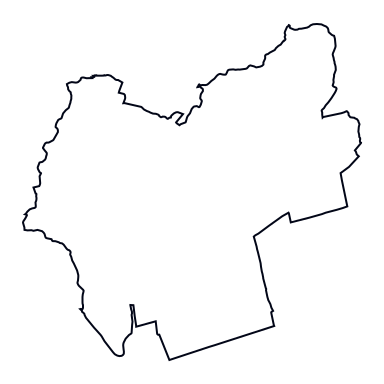 outline of Urlati, Prahova, Romania
{"feature_id": "2599482B73103254807703", "entity_name": "Urlati", "entity_type": "district", "adm_level": 2, "iso_a3": "ROU", "parent_name": "Romania", "parent_adm1": "Prahova", "projection": "orthographic", "projection_center": [26.251, 44.997], "detail": "fine", "context": "isolated", "style": "outline", "palette": "ink", "viewbox_px": 384, "rotation_deg": 0, "n_neighbors": 0, "source": "geoboundaries", "source_scale": "gbopen_adm2", "svg_char_len": 5761}
<svg xmlns="http://www.w3.org/2000/svg" viewBox="0 0 384 384"><path d="M214.7,345.2L274.2,326.0L273.8,325.0L271.2,312.6L271.4,312.0L273.1,310.9L271.4,307.7L270.4,304.2L268.9,301.2L268.4,300.4L267.4,297.0L266.0,290.2L266.2,289.1L266.1,288.6L265.8,288.2L263.2,278.3L263.2,277.7L262.5,274.0L261.8,271.4L261.0,266.7L260.6,263.2L257.8,251.7L257.1,249.3L256.6,246.6L253.8,236.6L255.3,235.3L258.4,233.6L268.9,225.8L282.3,216.2L288.5,212.7L288.9,213.4L290.8,222.4L309.2,217.7L322.0,214.1L325.7,212.7L336.8,209.8L342.9,208.0L347.3,206.4L341.9,180.3L340.6,173.1L349.0,166.9L358.8,156.3L356.8,154.5L355.9,151.7L354.9,150.4L360.9,143.2L361.0,142.7L360.3,142.4L360.0,141.9L359.9,140.4L360.2,139.2L360.1,138.1L359.3,137.0L359.1,134.4L358.4,131.6L358.8,126.9L359.5,124.2L358.4,121.6L358.3,120.9L357.0,119.2L355.1,118.4L354.4,117.8L350.6,117.3L350.2,117.1L348.6,115.0L348.5,113.1L347.7,112.1L346.8,111.2L346.5,111.2L344.2,112.3L341.4,113.2L323.9,116.9L323.0,117.2L322.6,117.6L322.2,114.6L322.2,112.5L321.7,110.9L321.7,110.4L322.3,109.6L324.0,108.1L325.7,105.3L328.3,102.4L331.4,98.2L334.6,93.2L335.7,91.2L336.5,89.1L336.5,88.4L336.1,87.7L333.7,86.6L333.0,86.0L332.7,85.4L333.6,82.5L333.6,81.6L333.4,80.0L334.1,76.1L334.0,74.9L335.8,70.0L335.6,66.8L335.2,65.0L334.6,63.3L334.5,61.8L333.9,59.9L333.6,57.9L332.9,55.5L332.7,54.4L333.0,53.1L333.8,51.3L335.3,47.5L335.6,46.0L334.9,38.7L334.1,35.8L332.8,35.4L331.7,34.8L329.1,32.5L328.6,31.8L328.3,29.7L327.9,28.3L326.6,26.9L325.9,26.4L323.9,25.6L321.5,24.4L316.9,24.0L313.0,24.3L310.6,25.3L309.0,26.7L307.1,27.6L301.4,28.7L299.0,28.8L297.5,29.6L295.6,29.8L294.3,29.7L290.2,28.0L289.7,27.1L289.8,25.9L289.3,25.3L288.8,25.1L288.4,25.9L287.0,27.0L285.1,31.3L284.8,32.4L284.7,33.1L285.4,35.1L284.7,36.8L284.9,37.8L285.4,38.9L285.4,39.4L285.2,39.8L283.9,41.0L283.7,40.8L282.9,41.6L280.7,44.6L278.4,45.9L275.9,48.2L275.0,49.7L274.6,50.1L270.0,52.5L267.8,54.1L266.4,54.4L265.4,55.2L265.1,55.9L265.2,58.0L265.0,58.9L263.4,62.4L263.4,64.6L262.0,65.9L260.0,66.7L256.2,67.4L254.1,66.4L250.3,65.4L249.0,66.0L247.0,68.3L245.8,68.8L239.8,69.6L238.1,69.5L235.6,69.8L233.2,69.4L229.2,69.7L228.1,70.2L227.7,70.7L226.5,73.4L225.8,74.5L225.1,74.7L223.1,74.6L220.2,73.9L219.2,74.1L217.9,74.8L216.7,75.9L214.4,78.7L211.4,80.9L208.9,83.3L207.3,84.6L205.6,85.1L202.5,85.0L201.1,85.2L200.6,85.4L199.2,84.4L198.9,84.6L198.6,85.1L198.6,85.6L197.7,86.6L197.5,87.1L198.8,86.9L200.3,86.3L200.8,87.5L202.6,88.8L202.9,89.6L202.9,91.1L201.0,93.9L200.6,95.3L200.2,98.1L200.4,98.8L201.7,100.5L201.8,101.3L200.8,104.7L199.6,106.9L199.2,107.1L198.7,107.1L196.8,106.1L194.1,106.5L193.4,107.0L191.7,109.0L190.0,113.3L187.7,116.1L187.4,116.6L186.9,117.9L185.8,121.9L185.5,122.4L180.7,124.2L179.5,125.2L176.6,123.2L176.1,122.4L183.0,114.1L177.9,112.2L177.0,112.2L175.9,112.4L173.9,113.4L171.4,115.6L171.1,116.2L171.0,117.1L170.8,117.6L169.6,117.6L167.9,118.8L167.6,118.8L167.0,118.5L165.9,117.4L165.2,116.9L164.5,116.7L162.7,116.6L161.7,117.1L160.9,117.2L159.3,116.1L159.0,115.3L158.1,114.6L155.9,113.8L153.0,113.6L150.4,112.6L149.2,111.9L146.8,111.0L144.0,109.5L141.9,107.4L141.2,106.9L124.5,103.1L123.4,103.2L125.1,98.7L125.2,97.4L124.9,95.1L124.2,94.2L123.7,93.9L118.8,92.7L119.4,90.5L122.4,82.5L118.1,80.0L116.8,80.0L115.5,79.6L113.5,77.8L111.6,76.5L110.8,75.8L108.5,75.1L107.7,75.0L106.8,75.1L105.5,75.5L104.3,75.2L104.0,75.6L99.7,75.7L96.2,75.7L96.2,75.3L94.6,75.4L94.5,75.9L93.7,75.9L94.4,76.5L94.3,76.9L91.5,77.2L92.1,78.1L86.4,78.2L83.6,77.5L82.1,77.5L81.0,78.2L80.9,78.4L80.7,79.3L80.5,79.9L78.2,82.0L76.9,82.5L75.6,82.6L71.8,82.1L69.4,82.7L66.9,84.1L67.2,85.6L68.0,87.2L68.2,89.4L69.2,90.9L70.7,92.3L70.8,93.7L71.3,95.1L71.4,95.7L71.3,97.3L71.3,98.9L70.6,101.3L70.4,102.7L69.5,105.2L69.0,107.2L68.6,108.0L65.8,110.2L63.2,113.3L62.9,114.0L61.6,118.0L61.3,118.4L59.1,119.4L58.2,120.0L56.4,123.3L55.9,124.9L55.6,126.9L55.7,127.2L57.2,128.5L57.6,129.2L57.9,130.3L57.9,132.1L53.5,139.8L53.0,140.3L49.3,142.3L48.3,142.6L46.5,142.6L45.2,143.4L44.6,144.3L43.0,147.7L43.0,148.1L44.6,150.3L46.6,152.7L46.8,153.4L46.7,154.8L46.3,155.8L45.7,158.4L45.1,159.6L42.6,161.7L42.0,162.0L40.2,162.3L39.5,162.6L37.8,167.0L37.7,167.6L37.8,168.3L38.1,169.3L39.6,172.1L39.9,172.5L40.8,172.9L41.0,173.4L39.6,176.2L40.2,183.1L40.1,183.9L39.6,185.4L39.2,186.1L33.5,187.5L35.6,193.5L36.2,193.7L36.4,194.0L36.2,196.4L36.5,198.0L36.4,199.7L36.2,200.7L35.5,202.4L35.8,206.1L35.6,207.2L34.7,207.9L32.2,208.4L29.7,209.4L27.3,211.7L25.9,213.7L25.1,214.3L26.6,214.7L26.9,215.1L26.9,215.4L25.3,218.4L23.3,221.4L23.0,222.7L24.4,227.5L24.5,229.9L27.6,230.4L31.4,230.2L33.5,230.8L37.5,229.9L42.1,231.2L43.6,232.6L44.1,233.3L44.6,234.1L45.3,236.7L45.7,237.6L46.1,237.9L47.1,238.3L51.5,239.2L52.1,240.6L52.8,241.1L55.4,241.2L58.9,242.3L59.8,243.0L62.1,243.4L63.7,244.7L66.6,248.7L67.7,249.7L69.3,250.3L70.1,251.1L70.4,251.5L70.6,252.5L70.2,254.3L70.2,254.7L71.2,256.7L72.2,260.5L73.8,263.4L77.1,270.5L78.3,275.1L78.3,276.9L78.0,280.4L77.5,282.5L77.5,283.1L78.0,284.4L78.8,285.7L83.1,289.8L83.6,290.6L83.5,291.7L82.8,294.3L82.5,296.9L82.5,302.2L82.6,303.8L83.0,305.0L83.0,307.8L82.7,308.8L82.3,309.3L81.9,309.4L81.0,308.9L80.2,309.1L81.9,310.7L82.0,311.5L82.3,312.1L82.9,312.4L84.3,313.7L84.6,315.0L86.0,317.8L94.1,327.7L100.6,334.9L101.7,336.4L104.5,341.2L113.0,352.2L114.6,354.0L115.1,354.4L117.3,355.6L119.4,356.1L121.2,355.9L121.9,355.7L123.0,354.9L123.6,354.1L123.8,353.6L123.9,351.6L123.6,349.5L123.2,345.5L123.3,344.0L123.7,342.5L125.7,338.6L129.0,335.0L130.7,333.9L131.4,333.4L131.6,332.8L132.1,325.2L132.5,321.6L131.6,314.9L132.0,313.4L131.9,311.5L131.1,309.2L130.6,306.3L130.4,305.8L130.4,305.0L133.4,305.2L134.7,316.1L136.1,325.3L136.2,326.7L155.7,321.3L157.1,333.4L157.3,334.1L158.2,334.8L159.3,334.7L169.4,360.0L209.1,346.9L214.7,345.2Z" fill="none" stroke="#020617" stroke-width="2"/></svg>